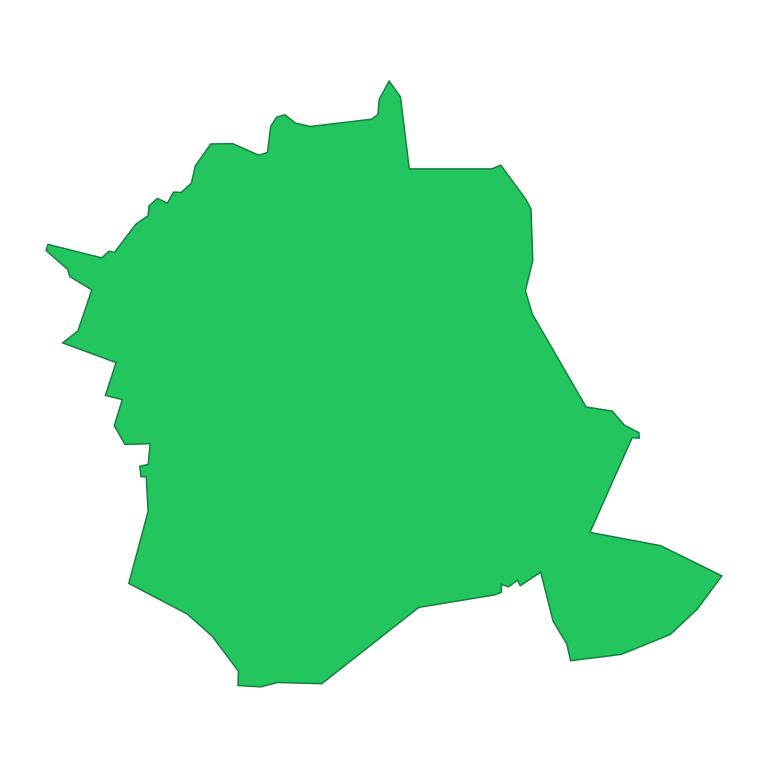 the district of Dundrum Lea-7, Dún Laoghaire–Rathdown, Ireland
{"feature_id": "5873133B72160674948779", "entity_name": "Dundrum Lea-7", "entity_type": "district", "adm_level": 2, "iso_a3": "IRL", "parent_name": "Ireland", "parent_adm1": "Dún Laoghaire–Rathdown", "projection": "orthographic", "projection_center": [-6.254, 53.292], "detail": "fine", "context": "isolated", "style": "filled", "palette": "green", "viewbox_px": 768, "rotation_deg": 0, "n_neighbors": 0, "source": "geoboundaries", "source_scale": "gbopen_adm2", "svg_char_len": 1142}
<svg xmlns="http://www.w3.org/2000/svg" viewBox="0 0 768 768"><path d="M151.2,595.2L187.2,614.0L212.1,636.1L238.4,671.1L238.0,685.5L260.8,686.9L277.3,682.5L321.7,683.7L418.8,607.4L494.9,594.8L501.4,592.3L501.3,584.3L508.4,586.9L517.5,580.3L520.3,585.7L540.7,572.1L553.0,621.0L566.8,644.0L570.6,660.7L621.2,654.4L670.2,634.5L697.0,609.4L721.9,575.9L660.6,545.7L590.0,532.4L632.1,437.8L639.3,438.1L638.9,432.7L624.4,425.2L612.1,411.1L586.1,407.0L532.3,314.0L525.4,290.8L532.8,260.4L531.0,209.2L526.2,199.9L500.8,165.2L491.6,168.9L409.3,168.9L400.5,96.9L389.1,81.1L379.2,99.3L377.9,114.6L371.5,119.2L310.2,126.5L295.4,123.1L284.9,114.8L276.6,117.2L270.7,126.4L267.5,152.3L258.9,155.3L232.9,143.7L210.8,143.9L195.4,165.8L191.3,183.3L181.2,192.4L173.5,192.1L167.5,203.1L157.3,198.5L149.1,205.9L148.1,215.7L135.9,224.1L114.5,252.4L109.0,251.2L101.7,257.9L48.0,244.4L46.1,250.5L67.8,269.5L69.7,276.4L91.8,290.0L77.9,331.0L62.6,342.9L116.1,362.6L105.4,395.4L122.3,399.6L114.3,425.7L125.0,444.4L150.1,443.7L148.2,464.4L139.8,466.3L141.0,476.7L146.2,476.6L148.1,511.4L128.8,583.4L151.2,595.2Z" fill="#22c55e" stroke="#15803d" stroke-width="1.5"/></svg>